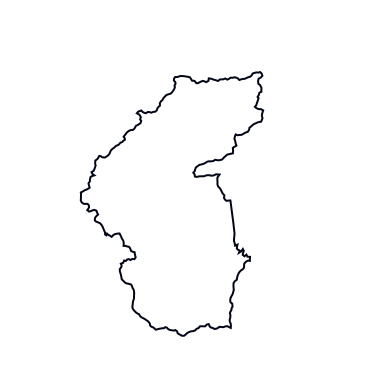 São José dos Campos, São Paulo, Brazil (orthographic projection), rotated 29°
{"feature_id": "56859067B71151444408433", "entity_name": "São José dos Campos", "entity_type": "district", "adm_level": 2, "iso_a3": "BRA", "parent_name": "Brazil", "parent_adm1": "São Paulo", "projection": "orthographic", "projection_center": [-45.928, -23.061], "detail": "fine", "context": "isolated", "style": "outline", "palette": "ink", "viewbox_px": 384, "rotation_deg": 29, "n_neighbors": 0, "source": "geoboundaries", "source_scale": "gbopen_adm2", "svg_char_len": 5232}
<svg xmlns="http://www.w3.org/2000/svg" viewBox="0 0 384 384"><g transform="rotate(29 192 192)"><path d="M121.6,99.5L121.3,101.4L122.1,103.2L124.1,104.0L125.1,105.2L125.1,107.3L126.3,108.8L126.5,110.6L126.5,112.4L126.1,114.7L125.6,116.4L124.0,118.0L122.6,119.6L122.1,121.3L121.5,123.6L121.6,125.9L120.9,127.6L120.8,129.9L122.1,132.0L121.4,133.9L121.2,135.6L121.6,137.8L120.8,139.7L119.4,140.6L117.9,142.4L116.0,142.7L114.5,143.6L113.3,145.6L110.5,146.0L108.1,145.3L106.0,147.8L105.6,149.9L107.7,149.8L109.4,150.3L111.0,151.4L111.4,153.7L113.1,154.4L113.6,156.7L112.5,159.0L110.9,161.3L110.9,164.7L110.1,166.5L108.7,167.2L107.1,169.2L106.2,171.5L105.8,174.4L105.4,176.8L107.1,177.6L108.0,178.9L107.1,180.4L106.8,182.0L105.5,183.6L104.9,186.3L103.1,188.6L102.4,191.0L101.4,193.1L100.9,195.2L101.1,197.0L101.3,198.9L100.7,201.2L99.1,204.1L96.8,205.1L95.0,204.9L93.4,205.4L93.4,207.3L93.3,209.0L92.2,211.4L93.5,214.1L94.9,215.6L95.5,219.0L95.7,221.2L94.5,223.3L96.1,224.5L98.5,224.8L97.4,225.9L96.0,227.9L96.5,230.1L97.5,232.2L97.3,234.6L98.7,236.2L100.4,237.9L99.5,239.5L98.7,240.9L97.4,242.3L96.3,244.4L95.0,246.3L96.3,248.2L97.0,249.7L97.9,251.3L98.9,253.4L100.8,254.7L103.3,254.8L106.4,253.0L108.2,253.6L109.5,255.6L109.2,258.6L111.5,259.0L112.7,257.9L113.7,256.5L115.2,255.0L117.6,254.7L118.9,256.0L120.8,257.3L120.1,259.2L119.7,261.3L120.6,263.8L122.2,264.4L123.8,264.2L126.8,263.9L129.3,264.9L131.3,266.2L133.3,267.9L135.5,269.5L136.6,271.3L138.1,271.4L137.9,269.6L139.5,270.0L141.4,270.0L143.5,270.2L144.0,267.9L145.2,266.0L146.8,264.7L148.7,263.4L151.4,265.2L153.4,266.8L154.9,267.5L156.4,268.8L157.5,270.6L158.3,272.3L160.1,271.3L161.6,271.1L163.5,270.5L165.4,271.4L167.3,273.1L169.4,273.0L171.0,272.5L172.2,274.1L174.4,276.5L174.2,278.7L172.3,279.4L171.2,281.3L169.4,281.3L168.0,282.5L167.6,284.4L165.8,284.9L166.2,287.2L164.5,289.2L166.1,290.4L166.6,292.2L166.2,294.5L167.4,296.4L169.5,298.4L171.0,300.1L172.9,302.4L175.3,303.1L177.2,303.7L179.1,303.7L181.6,302.8L183.9,302.5L185.2,303.5L186.4,304.6L188.4,305.8L189.8,307.5L190.8,309.1L191.6,310.9L192.9,313.2L193.3,315.4L193.7,317.0L194.6,319.0L195.4,321.2L196.6,322.6L198.4,323.6L201.3,324.5L203.2,324.7L204.9,324.6L206.6,325.6L208.2,326.1L210.4,326.0L213.6,326.1L216.7,326.5L218.9,327.5L220.1,329.1L221.9,329.5L224.0,329.2L225.8,329.7L227.3,329.9L229.1,328.0L231.5,326.0L233.5,324.7L234.1,323.2L235.8,322.8L237.2,323.4L239.6,323.4L241.7,322.6L243.4,322.0L244.4,320.8L246.5,321.1L248.1,322.6L250.3,322.6L253.0,322.6L254.8,321.5L255.6,319.7L256.1,317.9L257.1,316.2L258.4,314.6L260.3,313.2L261.7,311.8L262.4,309.3L263.6,308.0L264.1,305.6L266.0,304.5L268.5,303.2L269.2,300.8L270.6,299.5L272.3,300.7L273.7,301.4L275.9,300.9L278.0,300.9L279.4,299.9L280.5,298.6L281.2,296.7L283.5,295.7L285.0,295.0L286.3,293.4L288.1,292.2L289.7,292.2L291.8,292.1L291.1,290.5L289.8,288.5L288.3,287.4L287.0,285.8L286.3,283.1L285.1,280.8L283.9,279.7L283.6,278.1L283.7,276.2L283.0,274.4L283.0,272.5L281.3,270.1L279.3,269.9L278.2,268.7L277.2,266.5L277.0,264.4L277.1,261.9L276.5,259.3L276.0,257.3L275.0,255.9L274.1,254.5L273.3,253.1L272.5,251.5L272.7,249.2L273.7,247.1L273.2,245.5L272.6,243.8L272.3,241.6L272.2,239.5L272.8,236.9L274.1,234.4L274.0,232.4L273.1,231.0L272.4,229.2L273.1,226.6L274.3,224.8L276.0,224.2L275.2,222.7L274.2,220.6L271.9,221.7L269.9,220.4L269.0,222.8L266.9,222.4L266.2,220.8L265.9,218.4L264.1,217.2L263.9,219.8L262.6,222.3L262.3,220.2L260.1,220.2L258.6,219.7L257.8,217.9L257.3,216.0L255.7,218.0L254.2,216.1L252.3,214.3L251.2,211.9L250.3,209.8L249.4,207.8L243.3,199.2L229.7,180.8L228.2,181.7L226.5,183.0L224.6,182.7L222.9,181.7L221.9,179.2L219.5,178.4L217.3,176.9L214.9,175.3L212.1,174.5L210.5,172.9L209.4,170.8L208.5,169.4L207.2,167.0L207.6,163.4L205.9,164.2L204.5,164.8L203.0,166.9L201.2,168.3L198.8,169.0L196.8,170.2L194.8,172.5L192.6,173.7L190.6,174.9L189.0,176.4L187.1,177.1L185.8,175.4L183.8,174.5L184.3,172.5L183.8,170.7L183.5,168.8L184.3,166.8L185.4,164.6L186.8,163.4L188.4,161.8L189.7,159.9L190.7,158.0L191.9,157.0L194.0,155.8L195.7,154.5L196.6,152.6L199.1,151.8L200.8,150.7L202.6,149.0L203.0,147.2L203.6,145.1L204.7,142.2L207.0,140.1L209.0,138.4L207.8,135.7L206.3,133.6L207.5,131.4L208.4,129.9L206.8,128.5L205.1,126.5L203.3,124.9L202.6,122.5L202.3,120.5L204.2,120.3L205.7,119.2L207.6,118.0L208.7,116.3L209.8,114.3L211.6,112.4L211.8,109.9L211.1,108.0L212.1,105.5L213.0,103.0L214.2,101.3L215.7,99.3L217.0,98.0L218.3,97.1L218.2,95.2L217.9,93.3L216.1,91.4L215.2,88.8L214.7,86.1L212.3,86.1L210.0,87.2L207.6,87.4L205.7,87.0L206.1,85.1L205.7,82.8L205.2,80.0L204.7,77.6L203.3,77.1L203.4,74.8L202.8,72.5L204.1,70.6L203.2,69.2L202.2,67.2L199.6,65.4L197.6,65.2L196.1,63.1L195.3,60.7L196.7,58.5L197.2,56.2L195.3,54.5L193.3,54.1L192.2,55.4L190.3,56.2L188.8,57.7L187.6,59.0L187.7,60.7L187.1,62.8L185.5,64.4L184.5,65.7L183.2,67.5L181.7,68.4L180.4,69.6L179.1,71.1L177.4,70.5L175.6,70.5L173.8,70.9L172.3,72.3L170.3,73.3L169.6,74.9L168.4,76.6L166.0,76.6L164.6,78.4L163.1,79.2L161.8,80.2L160.9,82.3L158.5,82.7L156.1,83.3L153.6,83.7L151.6,84.5L152.5,86.8L151.2,89.0L149.2,89.2L147.5,89.6L146.2,91.3L144.5,93.8L143.2,94.7L140.3,93.6L138.1,94.6L136.7,93.8L134.5,92.7L131.8,93.5L129.6,94.3L126.8,95.5L125.0,96.7L123.7,98.4L121.6,99.5Z" fill="none" stroke="#020617" stroke-width="2"/></g></svg>